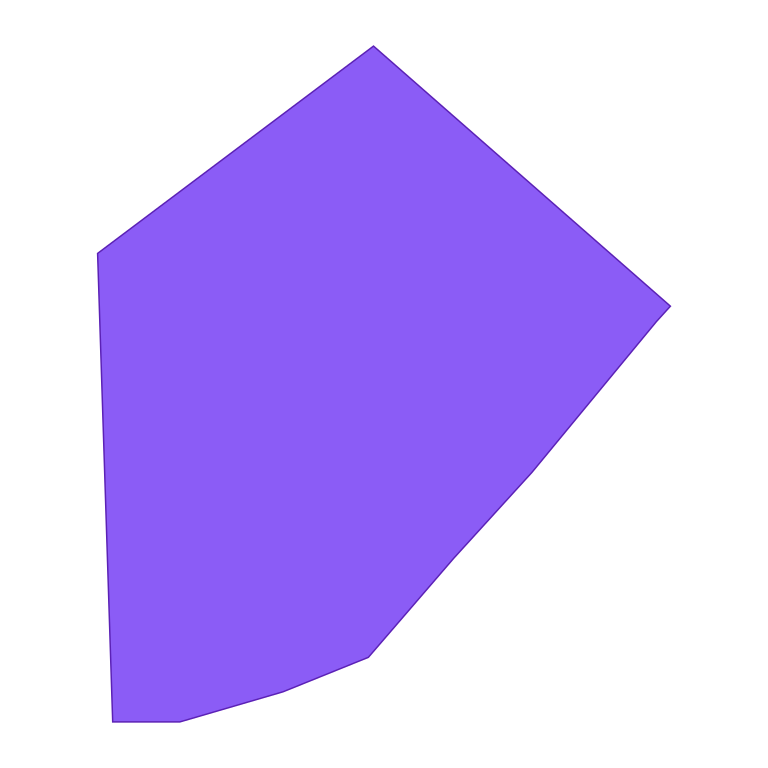 the district of 6, Ad Dawhah, Qatar
{"feature_id": "91078587B49650131193986", "entity_name": "6", "entity_type": "district", "adm_level": 2, "iso_a3": "QAT", "parent_name": "Qatar", "parent_adm1": "Ad Dawhah", "projection": "equal_earth", "projection_center": [51.544, 25.282], "detail": "fine", "context": "isolated", "style": "filled", "palette": "violet", "viewbox_px": 768, "rotation_deg": 0, "n_neighbors": 0, "source": "geoboundaries", "source_scale": "gbopen_adm2", "svg_char_len": 273}
<svg xmlns="http://www.w3.org/2000/svg" viewBox="0 0 768 768"><path d="M97.6,253.4L112.7,721.9L179.9,721.9L283.0,691.8L368.4,657.3L453.7,558.3L532.0,472.3L553.6,446.1L656.4,321.6L670.4,306.2L373.5,46.1L97.6,253.4Z" fill="#8b5cf6" stroke="#5b21b6" stroke-width="1.5"/></svg>